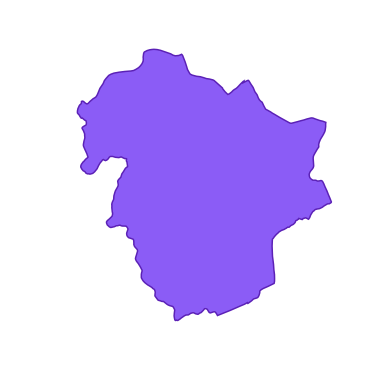 Nayala, Nayala, Burkina Faso (Natural Earth projection), rotated 19°
{"feature_id": "67063806B13297228427715", "entity_name": "Nayala", "entity_type": "district", "adm_level": 2, "iso_a3": "BFA", "parent_name": "Burkina Faso", "parent_adm1": "Nayala", "projection": "natural_earth1", "projection_center": [-3.089, 12.661], "detail": "fine", "context": "isolated", "style": "filled", "palette": "violet", "viewbox_px": 384, "rotation_deg": 19, "n_neighbors": 0, "source": "geoboundaries", "source_scale": "gbopen_adm2", "svg_char_len": 5967}
<svg xmlns="http://www.w3.org/2000/svg" viewBox="0 0 384 384"><g transform="rotate(19 192 192)"><path d="M256.3,300.5L266.8,291.4L274.2,284.6L278.3,280.9L280.3,278.6L280.7,279.0L281.1,279.2L283.0,276.6L283.8,275.4L285.0,273.1L287.9,271.0L288.5,270.3L288.8,269.5L289.0,268.0L288.9,265.2L288.5,264.3L288.4,263.5L289.2,261.9L290.7,260.1L294.7,256.4L299.4,251.7L299.1,249.6L298.3,247.1L296.9,243.3L294.7,238.8L292.6,233.8L289.0,226.5L285.3,217.0L283.5,210.9L283.4,210.3L283.6,210.0L284.0,209.0L284.4,207.5L285.7,204.4L286.4,203.3L287.3,201.4L289.1,199.2L291.4,197.3L292.2,196.3L292.9,195.6L293.8,194.2L295.2,193.7L295.5,193.3L296.3,191.7L298.4,189.5L299.4,187.4L299.5,185.3L300.8,184.1L300.9,183.5L301.5,183.1L301.6,182.2L304.7,182.2L305.4,182.0L305.6,181.0L307.9,179.4L309.7,179.6L310.9,179.9L311.1,179.7L311.6,178.0L311.7,175.0L312.4,171.9L312.8,170.8L313.3,170.4L313.7,169.3L314.3,168.4L315.9,167.3L318.0,166.2L320.1,164.1L321.6,161.9L324.0,159.1L325.7,158.4L327.0,156.7L327.0,156.0L324.1,152.6L322.0,150.3L319.1,146.9L316.0,143.7L313.8,141.2L312.1,139.6L311.4,139.2L310.8,139.1L310.1,139.2L308.9,140.0L307.4,140.7L306.9,140.8L305.9,140.6L304.7,140.7L302.4,141.5L300.8,141.1L299.6,140.6L298.6,139.9L297.8,138.8L297.0,137.1L297.0,135.0L297.5,133.1L298.3,131.1L298.7,129.5L298.6,127.8L295.6,120.7L295.2,119.1L295.2,117.7L295.6,115.2L296.5,110.7L297.2,108.1L296.3,105.8L296.1,103.3L296.3,100.4L297.5,94.8L297.9,91.7L297.8,90.1L297.1,86.7L296.2,84.1L295.9,82.6L292.7,82.5L289.7,82.8L284.9,82.8L282.5,82.7L281.4,82.9L280.5,83.2L279.7,83.7L276.8,85.6L274.3,87.5L272.0,89.0L269.1,91.0L263.7,94.6L262.7,94.9L261.2,94.8L250.4,92.9L244.2,91.6L242.4,91.3L240.3,90.7L238.1,90.3L234.6,89.7L232.0,87.3L229.1,84.3L227.5,83.8L225.7,82.9L224.1,81.5L221.9,78.9L218.8,76.7L215.8,73.3L212.4,70.7L210.4,69.0L209.3,68.2L208.9,68.1L208.2,68.5L206.8,69.9L205.4,71.4L204.9,71.9L204.9,70.2L204.4,70.8L202.9,73.7L200.8,78.4L199.9,79.9L198.6,81.4L197.8,82.6L196.9,84.6L195.3,87.0L194.1,88.1L190.5,86.4L187.4,84.4L186.9,83.7L178.1,80.0L176.6,79.4L175.3,79.2L171.8,79.5L168.6,80.1L166.0,80.1L162.3,80.3L158.6,81.1L154.2,81.4L152.4,81.2L151.5,80.9L150.9,80.4L147.9,77.7L146.2,75.3L143.2,71.3L138.8,66.1L138.0,65.5L137.3,65.2L135.9,66.5L134.9,67.3L131.8,68.7L129.5,68.8L126.9,68.3L124.6,68.3L116.1,68.3L112.6,68.7L109.5,69.5L107.7,70.3L105.6,71.4L103.5,72.9L101.4,75.1L101.2,75.8L101.2,77.0L101.9,80.4L102.6,82.0L103.2,84.2L103.0,86.8L102.2,89.4L101.1,91.7L99.3,94.0L97.3,96.1L94.8,97.5L89.3,99.9L84.0,102.5L79.5,105.0L77.0,107.0L75.3,108.9L73.7,112.8L72.9,115.2L72.7,118.4L71.2,124.0L70.9,129.5L70.7,131.5L70.2,133.4L69.3,134.7L68.2,135.9L66.0,139.7L65.2,141.5L64.6,142.5L63.9,142.9L63.4,142.9L62.3,142.7L60.0,141.7L59.3,141.7L58.6,141.8L58.0,142.4L58.2,142.8L58.4,143.8L58.4,144.5L58.2,145.1L57.6,146.1L57.3,147.0L57.0,150.4L57.3,152.7L57.9,154.5L59.0,155.3L60.1,155.8L61.9,157.4L62.2,157.4L62.9,158.1L63.5,158.2L64.2,157.8L66.2,158.6L66.9,158.9L68.6,159.2L69.1,160.0L69.5,160.6L69.6,161.2L70.0,162.0L70.0,162.8L69.9,163.2L68.2,165.2L67.4,166.3L67.2,166.8L67.4,167.7L69.3,169.3L71.5,171.9L71.6,172.3L72.0,173.0L72.1,173.6L72.9,175.2L73.2,176.8L73.3,179.0L73.8,182.3L74.2,183.5L74.7,184.2L76.3,186.0L80.0,189.9L81.1,191.3L81.4,191.8L81.7,192.0L82.3,192.9L82.0,193.7L81.1,195.0L80.1,197.2L79.8,198.3L79.1,199.3L79.0,199.9L78.4,201.9L78.4,203.6L78.7,204.6L80.2,206.1L82.1,207.3L83.9,207.6L84.4,207.8L85.6,208.7L86.2,208.8L87.8,208.8L88.5,208.3L89.4,208.4L90.1,208.1L92.1,206.7L93.4,204.5L93.8,203.3L94.4,201.8L94.7,200.8L95.0,197.8L95.4,195.6L95.8,194.0L96.4,192.7L97.0,190.7L97.8,190.1L98.3,190.4L99.9,190.5L101.0,189.6L101.7,188.5L101.9,188.0L102.1,187.6L102.2,186.9L102.4,186.2L103.0,185.2L103.7,184.8L105.5,184.2L108.4,184.1L110.3,183.6L111.0,183.5L111.8,183.2L113.4,182.0L113.9,181.9L117.1,182.3L117.8,182.3L118.6,181.9L119.3,181.9L119.5,182.3L119.6,183.4L119.9,184.1L120.6,184.6L122.6,188.4L122.8,189.1L122.0,190.1L121.3,191.4L120.5,195.2L119.8,197.6L119.8,198.5L119.9,201.1L119.7,201.6L118.5,204.2L118.2,205.9L119.5,208.4L119.9,209.2L120.0,209.8L120.1,210.6L119.9,212.0L119.2,215.6L119.2,217.6L119.4,221.0L120.2,224.0L120.3,224.7L120.0,227.1L120.0,228.7L120.2,229.9L120.8,231.2L121.3,232.9L123.1,236.8L123.7,237.7L124.1,238.7L124.2,239.5L124.3,240.5L124.2,241.2L122.6,244.4L121.4,246.4L121.1,247.1L120.9,248.2L121.1,248.7L121.4,249.3L122.6,250.7L125.3,251.9L126.8,252.0L130.0,250.0L131.5,248.5L132.2,248.3L132.8,248.0L134.2,247.0L135.1,246.8L136.0,247.0L137.4,246.8L140.2,245.9L141.0,245.8L142.2,246.5L143.3,247.5L143.6,248.2L143.6,251.7L143.8,252.8L144.4,253.9L144.8,254.5L145.3,254.9L146.8,255.8L151.5,255.8L152.0,256.0L152.7,256.9L153.7,259.3L154.0,260.4L155.0,261.8L156.0,262.6L158.9,264.2L159.3,264.6L159.5,265.0L159.8,265.8L160.0,270.0L160.0,271.3L160.1,272.6L160.3,273.6L161.0,274.5L161.8,275.3L162.6,275.9L164.6,277.2L167.4,279.5L170.3,282.3L170.4,282.7L170.6,283.5L170.6,284.5L170.9,286.4L171.9,289.3L172.3,289.9L173.9,291.3L175.3,292.3L175.7,292.4L176.0,292.6L176.3,292.8L177.5,293.3L180.5,294.3L181.7,294.5L182.5,294.7L185.1,295.3L185.7,295.5L185.9,295.8L186.8,296.1L187.3,296.1L188.5,296.7L189.6,298.2L189.9,298.8L190.3,300.6L190.7,302.1L191.0,302.5L191.5,302.9L192.8,303.7L193.2,304.1L193.5,304.2L194.7,305.1L195.3,305.3L196.7,305.3L197.3,305.1L198.4,305.3L199.6,305.2L199.8,305.0L200.3,304.8L201.0,304.9L204.9,306.3L206.3,306.6L207.9,306.7L210.8,306.5L211.2,306.6L212.1,307.2L213.5,308.5L214.1,309.3L214.7,312.2L215.4,314.9L216.3,316.7L217.4,318.5L218.0,318.8L218.5,318.8L219.0,318.2L220.0,318.2L220.5,318.0L222.2,315.8L222.8,314.7L225.0,311.7L226.1,310.5L226.8,310.1L228.5,309.4L228.8,309.1L230.3,307.1L232.3,305.8L233.0,305.7L235.3,306.0L237.3,305.7L237.9,305.3L238.6,304.1L239.7,303.2L240.2,302.4L241.3,300.0L241.8,298.5L242.0,298.2L242.8,297.9L243.5,297.8L244.4,297.9L244.9,298.2L246.9,299.9L247.6,300.3L248.2,300.4L248.8,300.3L251.3,298.4L251.9,298.0L252.4,297.9L253.1,298.0L254.1,298.6L254.9,299.2L256.3,300.5Z" fill="#8b5cf6" stroke="#5b21b6" stroke-width="1.5"/></g></svg>